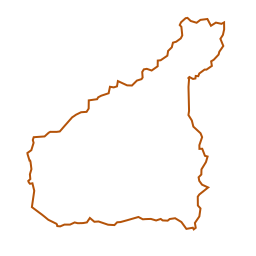 the district of Trujillo Alto, Puerto Rico, rotated 266°
{"feature_id": "32010507B87242959394677", "entity_name": "Trujillo Alto", "entity_type": "district", "adm_level": 2, "iso_a3": "PRI", "parent_name": "Puerto Rico", "parent_adm1": "", "projection": "robinson", "projection_center": [-65.993, 18.337], "detail": "fine", "context": "isolated", "style": "outline", "palette": "amber", "viewbox_px": 256, "rotation_deg": 266, "n_neighbors": 0, "source": "geoboundaries", "source_scale": "gbopen_adm2", "svg_char_len": 1912}
<svg xmlns="http://www.w3.org/2000/svg" viewBox="0 0 256 256"><g transform="rotate(266 128 128)"><path d="M108.8,26.0L102.3,27.5L102.3,28.1L100.9,28.4L93.7,28.8L88.6,26.9L83.9,27.0L82.1,24.8L80.6,25.3L79.2,26.3L79.5,28.8L71.9,30.1L55.8,26.6L50.0,33.3L47.8,35.9L45.6,38.3L42.0,42.1L37.4,50.0L36.5,50.4L35.1,50.6L34.6,53.5L36.1,57.9L35.7,63.5L37.5,68.2L36.5,71.3L36.3,76.3L36.3,76.6L36.7,80.4L40.9,83.7L36.8,87.9L36.8,92.1L32.9,101.4L32.1,107.7L34.7,110.6L34.7,114.0L36.0,120.5L38.5,132.2L35.9,136.4L35.9,139.4L35.7,144.5L33.8,149.6L35.0,154.3L33.4,156.1L32.8,161.1L34.3,163.3L34.7,168.7L30.5,174.7L23.3,179.2L24.0,185.7L22.3,186.5L23.7,188.6L28.6,188.1L34.8,193.0L42.7,194.7L45.8,192.3L54.6,192.8L56.7,194.5L63.1,203.8L66.3,197.9L70.3,195.4L73.9,195.0L76.5,197.9L81.6,198.4L88.6,203.4L94.0,205.4L94.9,202.8L102.1,200.6L102.2,197.8L105.9,198.0L113.7,201.3L117.7,200.0L124.8,193.3L131.0,192.2L136.7,189.2L140.8,190.1L164.7,191.2L172.4,192.3L173.6,191.7L174.6,192.8L172.4,196.3L172.7,198.7L175.2,199.2L174.8,201.7L177.4,202.9L180.9,208.4L180.8,210.4L184.1,216.0L188.7,215.6L190.1,218.3L194.9,223.5L197.7,224.4L203.2,228.8L210.5,226.4L214.3,229.2L219.7,230.8L226.6,231.2L225.4,228.5L227.0,223.0L224.2,217.9L231.2,214.8L230.8,207.8L228.2,203.8L230.4,198.0L233.7,195.0L233.5,193.1L229.8,188.3L227.1,186.8L225.2,188.3L216.6,188.6L213.7,186.9L210.7,182.1L210.0,178.8L205.4,177.3L202.1,173.4L197.4,172.3L193.3,165.3L193.2,162.4L187.5,161.9L183.7,155.6L185.7,150.9L185.4,147.9L182.9,146.1L177.3,146.1L175.8,144.9L174.7,140.2L170.1,134.9L170.6,130.1L175.5,121.2L170.3,119.9L169.5,116.6L170.4,112.9L164.0,111.1L162.1,103.6L160.7,100.4L158.9,99.2L158.3,90.8L150.1,90.1L147.0,87.8L147.0,82.3L144.9,77.1L143.4,74.6L142.6,73.1L135.1,65.5L129.3,59.7L129.1,56.4L129.6,50.2L128.8,48.5L125.4,44.2L125.4,34.1L125.4,33.3L122.7,32.2L119.8,32.8L112.6,30.0L110.1,25.9L108.8,26.0Z" fill="none" stroke="#b45309" stroke-width="2"/></g></svg>